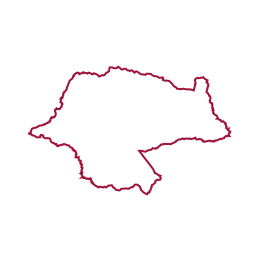 outline of Sucumbios, Sucumbios, Ecuador, rotated 71°
{"feature_id": "8360857B67239224798881", "entity_name": "Sucumbios", "entity_type": "district", "adm_level": 2, "iso_a3": "ECU", "parent_name": "Ecuador", "parent_adm1": "Sucumbios", "projection": "natural_earth1", "projection_center": [-77.598, 0.397], "detail": "fine", "context": "isolated", "style": "outline", "palette": "rose", "viewbox_px": 256, "rotation_deg": 71, "n_neighbors": 0, "source": "geoboundaries", "source_scale": "gbopen_adm2", "svg_char_len": 5829}
<svg xmlns="http://www.w3.org/2000/svg" viewBox="0 0 256 256"><g transform="rotate(71 128 128)"><path d="M65.1,142.6L65.8,143.7L65.3,144.8L63.8,145.9L62.9,147.0L63.3,148.6L62.8,148.8L61.6,150.9L61.7,151.9L60.7,152.3L61.2,153.6L61.0,154.9L61.4,156.2L61.2,156.5L60.0,156.6L59.8,157.1L59.1,157.7L59.3,159.5L59.8,160.3L59.7,161.0L60.4,161.7L60.7,162.3L61.0,162.1L61.5,162.5L61.8,163.5L62.9,164.2L64.3,167.9L65.7,168.7L66.6,169.9L68.7,171.3L68.9,171.8L69.9,172.4L70.4,173.1L71.6,173.4L71.9,173.7L72.0,174.3L73.3,176.2L73.3,177.1L74.2,177.4L74.4,178.1L74.9,178.4L75.9,178.4L76.9,179.5L77.3,180.4L78.0,180.0L78.4,180.3L78.3,181.0L78.0,181.4L78.1,182.0L78.7,182.5L79.1,182.2L80.1,182.3L81.6,183.4L81.8,183.1L82.4,182.9L82.7,182.4L83.3,182.5L83.7,182.1L84.1,182.2L84.9,183.3L86.2,183.8L86.4,184.7L87.8,186.2L86.9,189.0L86.3,189.2L86.9,189.9L86.7,190.3L87.0,190.9L87.4,190.9L88.2,191.6L89.3,191.5L91.3,191.7L92.5,192.5L93.3,193.6L93.4,194.1L93.7,194.1L93.8,195.5L93.3,195.6L93.0,196.8L93.2,197.3L93.8,197.5L94.4,198.5L95.4,198.7L95.7,199.8L96.7,200.0L96.6,200.6L96.9,201.3L96.7,202.1L97.2,202.7L97.0,203.7L97.5,204.9L97.1,205.7L97.5,206.1L97.3,206.9L97.5,208.1L96.9,211.5L97.5,213.0L97.4,213.7L97.7,214.5L97.3,217.4L97.5,219.0L99.4,220.9L100.7,221.4L100.7,223.0L101.0,223.4L101.6,223.0L102.7,221.2L103.8,221.0L104.6,219.3L106.5,217.8L107.4,216.8L108.1,214.1L107.6,213.6L106.6,213.4L106.3,213.0L106.3,212.0L107.0,211.1L107.7,210.7L108.6,211.1L109.1,211.0L110.6,209.8L111.0,209.2L111.3,207.5L112.5,205.4L113.7,205.1L115.4,205.3L116.4,205.0L117.2,204.5L117.9,203.1L119.5,202.3L119.7,201.0L120.1,200.9L121.2,201.2L122.2,200.6L122.4,199.9L121.8,198.9L122.5,197.4L122.1,196.3L122.6,195.2L122.3,194.5L122.3,193.8L123.7,191.8L124.6,191.1L125.2,189.6L127.4,188.8L128.8,187.1L129.4,187.0L130.1,187.4L130.6,186.7L131.4,186.9L131.7,185.9L132.6,186.0L133.0,185.2L133.6,185.3L134.1,185.0L134.9,185.4L136.0,185.2L136.2,186.1L137.6,186.3L138.5,187.1L138.9,186.8L139.2,185.9L139.5,184.1L140.3,184.5L142.5,184.9L142.9,184.7L143.4,183.5L144.0,183.3L145.3,184.5L146.4,183.6L147.0,184.4L148.1,183.5L149.6,184.8L150.0,184.8L151.0,184.0L151.6,184.7L152.3,185.0L152.6,185.7L153.7,185.8L154.4,186.6L155.1,185.7L155.7,185.8L156.0,186.3L155.9,187.4L156.5,187.0L159.0,186.7L159.6,187.8L159.7,186.5L160.5,186.7L161.0,186.0L161.1,185.5L160.8,185.0L162.8,183.6L162.6,182.4L163.7,181.5L163.6,180.8L163.2,180.0L163.4,179.7L164.3,179.5L165.1,180.0L166.4,179.6L167.0,180.2L167.6,179.3L168.3,179.0L168.8,179.7L170.5,178.3L171.7,177.9L172.6,176.7L174.1,175.9L174.6,175.2L174.2,174.4L174.2,173.6L175.0,172.9L175.4,171.7L176.1,171.0L175.9,169.2L177.0,168.2L176.1,165.1L176.5,164.0L176.8,162.0L177.8,161.6L179.2,161.4L181.1,159.9L182.4,159.6L183.4,157.8L184.2,156.8L184.1,155.5L183.4,154.6L183.4,153.8L184.6,149.3L185.6,147.3L185.0,143.5L185.3,142.3L184.2,140.7L183.9,139.4L184.8,137.4L187.3,135.8L188.2,136.0L189.0,135.6L190.8,135.8L194.0,134.3L196.6,131.9L196.9,131.4L195.6,130.1L196.0,129.2L195.8,128.6L194.7,128.2L194.2,127.0L192.2,125.8L191.8,125.0L191.3,124.6L190.3,124.5L189.7,123.9L189.6,122.5L188.5,120.0L187.0,119.3L186.4,117.1L187.0,116.2L187.3,114.4L187.0,114.0L186.0,113.3L184.3,113.7L183.8,112.9L182.9,114.1L180.1,116.3L179.3,117.3L178.2,117.2L177.2,117.5L175.3,117.5L153.2,124.9L153.9,122.8L156.1,119.3L155.7,116.5L156.0,112.8L155.1,111.2L155.9,110.0L156.6,108.0L156.0,107.4L156.4,106.3L155.2,104.3L155.1,103.3L154.5,102.6L154.4,101.4L155.0,100.4L154.6,99.4L155.0,98.9L155.0,98.1L155.7,97.1L156.1,95.2L157.3,93.0L156.9,91.8L157.1,91.3L156.8,90.1L156.7,87.5L156.3,86.9L155.9,86.7L155.8,85.3L155.3,84.0L155.9,82.0L155.6,79.7L156.4,79.2L157.0,78.1L156.7,77.1L157.0,76.0L157.9,74.4L157.9,73.3L158.8,72.8L159.0,70.9L159.4,69.6L159.1,68.9L159.1,67.5L160.5,67.4L161.1,66.9L161.6,65.4L161.5,64.0L161.9,63.3L163.1,62.0L163.8,61.9L164.1,61.3L165.0,61.4L165.0,60.9L165.8,60.5L165.7,60.1L166.1,59.6L166.1,57.2L166.4,56.3L166.5,55.0L167.2,54.0L167.5,53.9L168.0,53.0L167.9,52.4L168.5,51.7L168.2,51.0L168.2,50.5L168.7,50.4L168.3,49.4L168.7,47.7L168.4,47.0L168.4,44.4L168.9,43.6L168.6,42.4L168.9,40.5L168.3,40.0L168.1,39.2L167.7,38.8L167.5,37.1L168.1,36.8L167.9,36.0L168.5,34.8L167.6,35.1L166.7,34.7L165.8,34.0L165.9,33.5L165.3,33.3L164.9,32.6L162.8,34.0L162.2,33.8L161.8,34.3L161.5,34.1L161.7,33.4L161.3,33.0L161.2,34.0L160.3,35.1L159.2,34.9L158.9,34.4L158.4,34.7L156.4,34.3L156.1,34.5L155.5,34.2L155.3,35.0L154.2,34.8L152.5,36.0L152.7,36.8L152.5,37.5L151.4,37.9L150.5,37.9L150.0,39.0L148.6,39.7L148.2,40.7L147.8,39.8L144.9,40.2L143.8,41.4L142.7,42.2L142.0,42.1L141.7,42.6L140.2,42.2L139.4,41.5L138.7,42.3L138.5,42.1L138.5,41.5L138.2,41.3L137.6,41.3L136.9,41.8L136.3,41.9L135.8,41.1L133.6,41.2L133.0,40.4L131.7,40.6L130.8,42.0L129.9,42.1L129.4,41.7L128.8,41.9L128.4,41.3L126.2,40.1L124.4,40.3L123.9,40.8L123.5,40.5L122.0,41.1L121.2,41.0L119.7,42.1L118.1,41.3L117.5,40.6L116.2,40.0L115.9,39.5L115.1,39.3L114.8,38.8L114.4,38.7L114.0,38.1L111.5,38.0L110.9,38.7L110.1,38.9L109.1,37.5L108.7,37.3L108.3,37.9L107.0,39.0L106.4,39.2L105.6,40.0L104.4,40.4L104.5,42.0L104.1,43.2L104.0,44.9L103.3,46.0L103.3,47.5L103.9,48.6L104.6,49.3L106.1,49.2L107.5,49.5L108.4,50.5L109.0,50.2L110.4,51.4L113.9,53.6L112.0,56.1L110.0,61.1L108.8,62.9L108.8,64.2L108.4,65.5L106.8,68.9L105.3,69.3L103.5,71.0L100.2,72.0L97.0,73.8L96.0,75.5L95.1,77.9L94.0,79.3L93.3,79.3L92.3,78.5L91.5,78.7L90.8,82.0L89.9,82.9L89.0,83.4L87.4,86.3L86.1,87.8L84.3,88.9L84.1,89.2L82.7,92.8L83.4,94.0L81.4,98.2L79.7,99.6L78.0,100.6L77.2,101.7L77.1,103.0L77.8,103.7L76.3,104.8L75.1,105.2L74.5,106.1L74.8,107.6L74.0,108.3L73.1,110.0L71.4,110.7L70.7,112.3L70.9,113.9L70.8,114.6L69.7,115.7L68.0,116.4L66.8,117.5L67.6,119.0L67.6,119.9L66.8,122.0L65.4,123.5L64.8,125.7L68.0,127.4L68.7,129.4L68.9,130.9L69.9,132.3L70.4,133.8L69.6,135.1L70.0,138.5L68.6,139.1L66.8,140.3L65.1,142.6Z" fill="none" stroke="#9f1239" stroke-width="2"/></g></svg>